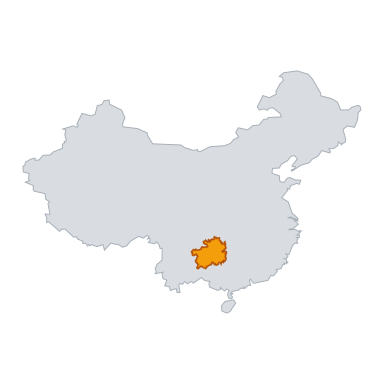 location of Guizhou within China
{"feature_id": "CHN-1153", "entity_name": "Guizhou", "entity_type": "Province", "adm_level": 1, "iso_a3": "CHN", "parent_name": "China", "parent_adm1": "", "projection": "robinson", "projection_center": [106.929, 26.939], "detail": "fine", "context": "in_parent", "style": "filled", "palette": "amber", "viewbox_px": 384, "rotation_deg": 0, "n_neighbors": 0, "source": "natural_earth", "source_scale": "10m", "svg_char_len": 9199}
<svg xmlns="http://www.w3.org/2000/svg" viewBox="0 0 384 384"><path d="M217.4,290.3L209.5,287.0L208.9,283.4L210.2,281.5L204.6,280.5L201.3,277.6L193.3,283.1L191.4,281.5L187.5,283.8L184.5,281.7L182.4,284.3L179.9,283.5L178.8,285.1L180.0,292.7L177.1,292.4L176.1,288.6L170.5,290.5L169.2,286.7L164.7,285.8L166.8,280.2L163.0,278.6L161.9,273.7L162.9,272.2L155.3,273.7L156.2,271.5L155.2,268.7L157.0,264.4L162.0,260.1L162.2,248.3L160.1,248.5L159.0,244.4L156.5,241.9L154.5,243.8L148.4,242.5L150.2,240.1L149.4,238.1L147.6,239.0L148.9,236.7L147.1,235.3L143.2,238.2L138.8,236.3L130.6,241.0L126.9,245.7L122.8,247.2L118.8,244.8L110.7,243.3L104.5,250.1L103.1,244.7L97.1,246.6L91.3,244.6L90.0,245.8L88.5,244.6L87.6,246.0L85.8,243.4L82.6,243.2L82.9,241.3L77.5,239.0L76.9,236.9L73.8,237.2L65.2,229.2L61.6,229.2L59.6,231.3L48.7,221.8L46.6,222.5L46.8,218.0L45.1,214.1L50.0,214.2L48.0,203.7L49.6,201.7L45.8,199.3L45.0,193.6L34.5,191.3L33.2,189.7L33.3,185.5L25.3,182.2L29.7,180.4L28.6,179.0L29.0,173.4L23.3,172.0L23.0,166.2L24.7,165.3L25.6,162.1L30.8,159.1L35.0,158.1L35.3,160.3L39.0,160.0L42.9,155.4L49.8,155.0L53.7,151.7L62.4,148.4L62.5,144.2L64.8,142.7L64.1,141.6L66.4,140.8L64.8,134.4L66.0,130.1L62.8,129.0L73.2,125.8L77.5,127.3L78.2,125.3L76.8,124.2L82.0,113.4L91.2,115.8L95.2,114.3L97.2,105.8L102.0,104.4L104.1,100.6L109.1,100.1L109.6,104.2L121.6,110.1L124.9,117.6L122.3,124.6L123.3,126.9L137.6,128.6L147.4,133.1L147.2,134.8L152.6,143.8L180.9,145.0L184.6,147.6L193.2,150.4L197.6,149.6L197.6,151.1L200.3,151.5L210.2,146.7L224.5,145.7L230.4,143.4L233.7,139.5L238.7,137.0L235.7,132.5L238.3,127.8L247.7,129.9L252.8,125.6L258.9,125.1L263.5,119.5L267.6,119.0L268.1,117.5L281.3,116.9L280.2,113.7L273.3,108.0L269.4,108.0L267.3,110.3L264.0,108.8L259.4,110.0L257.3,107.1L262.9,95.6L269.4,97.7L276.5,94.0L275.8,91.7L280.0,83.8L283.3,80.5L282.5,77.4L279.3,76.4L283.9,72.7L297.2,70.9L308.2,74.3L312.3,78.8L320.6,93.0L320.7,95.8L331.4,98.6L337.4,102.1L340.8,110.0L348.7,109.9L351.9,107.2L357.9,105.4L360.0,106.2L361.0,109.9L358.2,112.6L357.5,119.8L354.5,127.3L347.4,126.0L343.0,129.3L345.7,139.3L345.0,142.5L341.5,143.7L342.2,145.1L338.4,141.9L337.7,145.7L333.7,148.5L328.8,148.8L330.4,151.4L329.8,152.9L321.6,150.7L318.0,156.2L312.1,159.3L308.9,162.9L300.9,165.2L291.8,171.2L291.4,169.9L294.6,168.6L295.3,166.6L292.2,166.7L292.1,165.6L297.3,159.0L294.7,155.7L291.0,156.2L287.4,160.8L281.4,164.1L279.3,168.0L272.5,168.4L272.0,173.3L279.4,175.9L279.7,180.8L281.7,182.2L284.4,182.0L287.0,178.4L289.8,177.4L295.0,179.9L300.9,180.3L299.2,184.3L296.8,183.4L290.5,185.6L289.7,189.1L287.1,188.6L287.8,190.1L281.7,197.9L288.2,201.9L292.1,213.1L298.0,218.4L297.7,219.7L290.3,216.9L287.5,218.1L291.5,217.8L298.3,224.2L293.0,228.8L290.4,228.8L288.9,229.8L295.1,229.4L300.1,232.4L296.8,235.1L299.5,235.0L299.3,237.5L296.5,237.5L297.9,238.8L296.8,240.9L297.7,243.3L294.9,243.1L292.7,245.3L288.8,254.8L286.1,253.8L287.9,256.9L285.5,258.8L283.5,258.3L286.4,259.2L286.6,263.4L283.9,263.0L284.6,264.5L282.8,264.7L280.9,268.7L276.1,269.8L277.4,271.3L273.4,275.9L270.7,275.5L268.1,280.3L253.5,283.3L250.5,279.2L249.4,280.6L250.7,285.3L248.0,285.4L245.0,288.4L243.6,287.0L243.3,288.7L241.1,287.9L239.1,289.9L232.0,291.5L230.5,294.2L232.6,297.1L231.6,298.7L228.8,298.2L227.5,294.4L229.1,290.5L226.9,289.0L224.4,290.9L220.4,287.5L220.5,289.4L217.4,290.3ZM233.5,299.8L235.7,303.1L230.0,311.5L226.7,313.1L221.8,310.9L221.6,305.5L225.1,301.5L233.5,299.8ZM298.3,221.2L296.3,220.8L294.4,219.0L295.9,219.4L298.3,221.2ZM301.2,231.0L299.7,231.4L299.4,230.5L301.2,231.0ZM287.8,262.0L287.0,263.1L287.1,261.7L287.8,262.0ZM231.2,293.8L232.7,293.2L232.6,294.0L231.2,293.8Z" fill="#d9dde1" stroke="#a8b0b8" stroke-width="1"/><path d="M214.5,236.7L214.7,237.1L215.0,237.2L215.3,237.3L215.6,237.4L216.1,237.4L216.2,237.6L216.2,238.2L216.4,238.5L216.5,238.5L216.8,238.5L217.4,238.1L217.7,238.0L218.4,238.0L219.2,237.9L219.1,238.1L219.2,238.4L219.4,239.0L219.4,239.4L219.6,239.7L219.6,239.9L219.6,240.0L219.4,240.1L219.4,240.6L219.8,240.8L220.3,240.9L220.6,240.9L220.8,241.2L220.9,242.4L220.8,242.6L221.0,243.0L221.3,243.1L221.5,243.0L221.4,242.8L221.4,242.5L221.2,242.2L221.3,242.1L221.6,242.0L222.0,242.4L222.0,242.5L221.7,243.7L221.8,243.9L222.1,243.7L222.5,243.9L223.0,244.0L223.3,244.0L223.5,243.9L223.8,244.0L223.9,243.8L223.9,243.5L224.1,243.2L224.3,242.2L224.5,242.0L224.9,241.8L224.8,242.2L224.9,242.6L224.9,243.1L225.3,243.4L225.4,243.5L225.5,243.6L225.4,243.9L225.1,244.8L225.1,245.0L225.4,244.9L225.5,245.0L225.3,245.3L225.2,245.5L225.4,245.8L225.2,246.0L225.3,246.5L225.3,246.8L225.5,247.0L225.8,247.2L225.8,247.3L226.0,247.7L226.0,248.2L225.8,248.4L225.2,248.8L225.0,249.2L224.8,249.3L224.6,249.2L224.4,249.4L224.2,249.4L224.1,249.7L223.5,250.5L223.2,250.6L222.8,251.0L222.7,251.4L222.5,251.5L222.2,251.5L222.4,251.9L222.7,252.2L223.1,252.1L223.3,251.7L223.9,251.3L224.1,251.3L224.0,251.6L224.3,251.7L224.7,251.2L225.0,251.4L225.3,251.2L225.6,251.2L226.0,251.4L226.1,251.6L226.4,251.9L226.4,252.5L226.0,253.0L226.4,253.1L226.5,253.3L226.4,253.4L225.7,254.0L225.1,254.2L225.1,254.3L225.2,254.5L225.4,254.6L225.6,254.7L225.8,255.1L225.8,255.5L225.3,256.2L225.1,256.9L225.2,257.1L225.3,257.2L225.8,257.4L225.7,257.5L225.8,257.9L225.9,258.5L226.1,258.9L225.7,259.3L225.7,259.5L225.8,259.6L225.8,259.8L225.5,260.1L225.2,261.0L224.9,261.1L224.7,260.9L224.5,260.6L224.4,260.5L224.4,260.9L224.2,260.9L224.0,260.6L223.9,260.5L223.3,260.7L223.0,260.9L222.6,261.3L222.6,261.6L222.8,261.6L223.3,261.2L223.7,261.1L223.6,261.9L223.7,262.4L223.4,262.6L223.0,262.3L222.1,262.5L222.0,262.4L222.1,262.0L222.0,261.9L221.8,261.9L221.6,261.9L221.4,262.1L221.3,262.3L221.4,262.6L221.0,262.8L220.9,263.0L221.1,263.5L221.0,264.0L220.9,263.8L220.5,263.1L220.0,262.6L219.6,262.5L219.2,262.4L219.1,262.6L218.8,262.8L218.6,263.1L218.3,263.4L218.3,264.3L218.1,264.5L217.9,264.6L217.2,264.7L216.7,265.1L216.2,265.1L216.1,264.7L215.8,264.6L215.7,264.7L215.4,264.3L215.4,264.0L215.4,263.9L215.2,264.0L214.9,264.3L214.7,264.6L214.4,264.6L214.4,264.2L214.1,264.0L214.0,263.8L214.0,263.5L213.9,263.4L213.4,263.2L213.5,262.8L213.0,262.2L212.9,262.2L212.5,262.5L212.0,262.5L211.7,262.7L211.6,262.9L211.4,263.1L211.4,263.4L211.6,263.7L211.6,264.1L211.5,264.4L211.4,264.5L211.3,264.4L211.1,264.3L210.9,264.8L210.3,264.9L209.6,264.9L209.1,265.4L208.6,265.6L208.3,265.9L207.4,266.2L207.0,266.2L206.8,266.4L206.5,266.4L206.8,267.0L206.8,267.3L206.6,267.6L206.0,268.2L205.7,268.6L205.1,268.0L204.8,268.0L204.6,268.1L204.4,268.1L204.2,267.9L203.7,267.6L203.2,267.4L202.7,267.4L202.5,267.2L202.4,267.0L202.3,266.6L202.2,266.6L201.9,266.4L201.5,266.6L201.2,266.5L201.1,266.3L200.8,266.1L200.6,266.3L200.2,266.4L199.9,266.8L199.7,267.5L199.0,267.7L198.7,268.2L198.3,268.3L198.0,268.7L197.8,268.5L197.4,268.3L197.2,268.0L197.0,267.9L196.9,267.9L196.9,267.4L197.0,267.3L197.9,266.1L197.8,265.5L198.0,265.0L198.0,264.7L198.3,264.6L198.4,264.4L197.8,264.2L197.4,263.6L197.1,263.5L197.0,262.6L196.9,262.6L196.5,262.7L196.3,262.6L196.3,262.2L195.8,261.9L195.6,261.6L195.5,260.9L195.9,260.9L196.0,260.8L196.2,260.1L196.2,259.8L196.1,259.6L196.5,259.3L196.7,259.0L196.8,258.4L196.7,258.1L196.9,257.8L197.0,257.3L197.1,257.2L197.6,256.8L197.8,256.6L197.5,256.0L197.5,255.7L197.2,255.5L197.1,255.2L196.9,255.1L196.6,255.1L196.5,254.9L196.5,254.6L196.3,254.3L196.3,254.2L196.1,254.3L196.0,254.5L195.9,254.7L195.7,254.8L195.1,254.9L194.7,254.7L194.2,255.0L194.0,255.5L193.9,255.6L193.2,255.6L192.8,255.4L192.5,255.2L192.4,254.9L192.4,254.4L192.4,254.1L192.2,254.1L192.1,253.5L192.2,253.2L192.5,253.1L192.4,252.9L192.5,252.6L192.4,252.4L192.3,252.2L192.1,251.9L191.6,252.1L191.4,251.8L191.4,251.7L192.0,251.2L193.0,250.1L193.2,249.6L193.4,249.5L193.7,249.5L194.1,249.9L194.5,250.1L194.8,250.4L195.0,250.4L195.3,250.2L195.3,249.8L195.9,249.2L196.4,249.9L196.8,250.1L197.3,250.1L197.9,250.0L198.2,250.1L198.5,250.0L198.8,250.1L199.3,249.9L199.7,249.8L199.9,249.5L200.1,249.4L200.5,249.4L200.8,249.5L200.9,249.3L201.0,249.1L201.0,248.8L201.2,248.6L201.2,248.2L201.4,247.9L201.5,247.3L201.7,247.2L201.9,247.0L202.6,246.8L202.8,246.9L203.0,247.1L203.3,247.2L203.4,247.5L203.6,247.6L203.9,247.5L204.1,247.3L204.7,247.3L204.9,247.1L205.1,247.1L205.9,247.0L206.1,246.9L206.3,246.8L206.7,246.9L207.0,246.9L207.3,246.8L207.7,246.5L207.5,245.9L207.4,245.4L207.2,245.2L206.9,244.9L206.8,244.5L206.7,244.4L206.3,244.1L205.7,244.4L205.4,244.3L205.0,244.3L204.9,244.1L204.9,243.9L204.9,243.7L204.2,243.2L203.9,243.2L203.6,243.1L203.6,242.8L203.6,242.3L203.4,241.9L203.6,241.7L203.8,241.3L204.0,241.2L204.4,241.3L205.0,241.1L205.2,240.6L205.5,240.1L206.1,240.7L206.6,241.0L206.7,241.3L207.3,241.6L207.4,242.0L207.6,242.1L207.8,241.7L207.9,241.4L208.3,241.6L208.5,241.6L208.5,241.2L208.7,240.9L208.7,240.6L208.4,239.8L208.4,239.7L208.5,239.6L209.0,240.0L209.4,240.9L209.2,241.3L208.9,241.7L208.9,241.8L209.4,241.7L209.5,241.8L209.7,242.0L210.0,242.0L210.1,241.9L210.1,241.5L210.1,241.3L210.4,241.3L210.6,241.0L210.7,240.7L210.6,240.3L210.7,240.0L211.0,239.7L211.3,239.9L211.6,239.3L212.2,239.1L212.3,239.1L212.5,239.3L212.9,239.7L213.1,239.8L213.3,239.8L214.2,239.2L214.3,238.7L214.5,238.5L214.5,238.4L214.4,238.3L214.1,238.0L214.0,237.5L214.2,237.0L214.3,236.8L214.5,236.7Z" fill="#f59e0b" stroke="#b45309" stroke-width="1.5"/></svg>